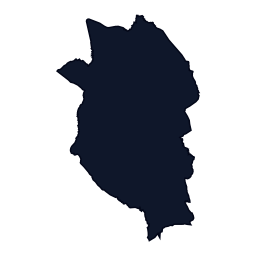 the district of Sør-Odal nor, Hedmark, Norway
{"feature_id": "86288312B58904882216706", "entity_name": "Sør-Odal nor", "entity_type": "district", "adm_level": 2, "iso_a3": "NOR", "parent_name": "Norway", "parent_adm1": "Hedmark", "projection": "mercator", "projection_center": [11.753, 60.212], "detail": "fine", "context": "isolated", "style": "filled", "palette": "ink", "viewbox_px": 256, "rotation_deg": 0, "n_neighbors": 0, "source": "geoboundaries", "source_scale": "gbopen_adm2", "svg_char_len": 5717}
<svg xmlns="http://www.w3.org/2000/svg" viewBox="0 0 256 256"><path d="M192.0,213.0L191.1,212.9L188.7,210.1L187.3,206.9L185.6,204.0L185.0,202.1L185.0,201.6L185.4,201.2L185.9,201.0L186.5,201.6L187.2,200.8L187.8,201.7L188.4,202.0L189.9,202.1L189.7,200.2L189.0,198.2L188.5,195.6L187.0,192.3L186.9,191.3L187.0,191.0L186.6,189.5L186.6,186.7L186.1,185.8L186.2,185.3L185.8,184.7L184.9,181.4L184.7,179.0L185.0,178.1L187.7,178.7L189.6,177.7L190.8,176.4L191.1,175.0L192.4,173.6L193.0,171.2L192.7,170.2L192.9,169.9L191.9,168.0L192.0,166.3L191.3,164.4L192.2,162.9L192.7,160.2L193.8,159.4L194.2,157.2L193.7,156.7L192.7,156.6L192.1,155.7L191.4,155.7L191.4,155.2L190.1,154.1L188.6,154.5L188.9,153.8L188.5,153.4L188.9,153.3L188.6,152.7L188.8,152.2L187.7,151.3L187.8,151.1L187.5,150.7L188.3,150.4L188.0,150.0L188.3,149.2L187.8,149.1L187.2,148.4L184.4,147.4L183.8,146.2L182.9,145.8L183.7,145.1L183.4,144.5L183.5,144.0L183.4,143.4L182.4,143.2L182.3,142.1L182.0,141.8L182.1,141.5L181.9,140.9L182.4,140.7L182.6,140.1L182.4,139.0L181.2,139.5L181.2,138.7L179.9,137.4L182.9,136.0L183.8,134.3L185.6,133.8L191.0,130.3L189.6,124.1L189.2,120.3L187.3,116.3L184.4,111.5L185.1,110.0L184.9,109.3L185.5,108.4L189.9,105.9L195.8,101.7L198.1,99.1L198.9,95.5L198.4,95.1L198.3,94.5L197.8,93.8L198.4,92.7L198.9,92.6L198.5,92.1L198.3,91.0L197.2,89.2L197.5,88.4L196.8,86.7L196.7,85.7L196.1,85.2L195.3,83.7L195.3,82.3L195.0,81.4L193.2,78.4L192.1,75.7L192.3,75.3L192.3,73.1L192.9,71.9L192.6,71.7L192.6,71.3L189.4,70.4L189.5,69.5L189.1,68.8L188.9,67.8L189.0,65.8L188.7,64.7L188.7,62.3L188.4,61.7L185.3,61.1L184.8,59.7L181.7,54.9L168.8,40.1L162.7,30.9L160.0,29.3L156.6,28.1L155.2,26.6L155.3,26.0L154.6,25.8L154.5,25.4L153.9,25.1L154.1,24.7L153.2,24.1L153.2,23.4L153.1,22.7L152.8,22.5L152.2,22.4L151.3,23.0L150.7,22.5L149.0,22.8L147.5,22.3L147.0,21.6L145.8,21.6L145.5,20.7L144.6,20.5L144.6,19.7L144.0,19.7L144.2,19.2L143.9,19.2L143.7,18.4L143.1,18.4L143.1,17.8L142.9,17.8L142.9,17.3L143.3,16.7L142.2,15.7L141.0,16.0L140.5,16.5L140.0,16.1L138.7,16.5L138.1,16.3L138.0,15.5L136.7,15.4L136.5,15.9L136.6,17.2L136.0,18.5L136.2,19.9L135.9,20.6L135.9,21.8L136.2,22.6L134.1,22.2L133.9,23.7L133.5,24.8L131.9,25.8L132.2,26.2L132.2,26.8L132.4,26.9L131.3,28.2L131.3,29.1L130.6,29.5L129.8,29.3L129.4,30.2L127.6,31.2L127.1,31.1L126.9,30.4L126.1,29.9L125.4,30.2L125.3,29.5L124.6,28.9L123.9,29.2L124.0,28.5L123.2,27.8L118.4,26.4L115.6,26.5L108.9,27.7L107.0,27.6L104.5,26.4L99.8,23.3L88.9,19.1L87.8,19.2L86.7,20.1L86.5,21.4L91.1,41.7L90.9,42.1L91.0,43.4L91.7,48.1L91.3,48.6L92.5,50.1L92.9,50.0L93.1,50.6L92.3,51.3L92.9,51.5L92.7,52.0L92.8,52.4L92.4,52.4L92.6,52.7L92.3,52.9L92.6,53.3L92.0,53.8L92.4,53.9L92.4,54.2L92.6,54.4L92.3,54.8L92.8,54.6L92.8,55.0L92.5,55.2L92.9,55.5L92.6,55.6L92.8,55.9L92.6,56.2L92.7,56.4L92.4,56.4L92.7,56.7L92.4,57.3L92.7,57.3L92.9,57.8L92.7,57.9L92.9,58.0L93.1,58.6L92.8,59.1L93.0,59.3L93.0,59.9L92.3,60.8L92.5,61.4L91.4,62.3L91.0,63.2L89.6,64.2L88.8,65.2L88.6,66.0L88.0,66.1L87.7,65.1L86.9,64.1L85.8,63.8L84.8,62.4L83.9,61.9L83.7,61.3L82.7,60.6L81.1,61.1L80.4,60.6L79.5,59.3L79.1,59.8L78.7,59.6L78.0,60.0L77.9,60.3L77.2,60.4L76.2,59.1L75.8,59.1L73.9,60.9L71.8,61.6L70.6,61.5L68.4,62.6L67.2,63.4L66.4,64.6L64.1,65.8L61.8,68.2L60.3,69.5L58.2,69.8L57.1,71.1L68.6,80.0L70.6,82.1L73.6,82.9L77.8,85.0L81.6,88.2L82.6,89.5L84.8,90.5L83.6,93.3L83.6,94.5L83.2,95.1L83.4,95.9L83.6,96.0L83.7,97.3L83.9,97.3L83.8,97.7L84.1,98.5L83.7,100.4L82.6,102.7L82.6,103.4L82.4,103.8L81.6,104.5L81.0,104.6L80.0,105.9L79.8,107.5L78.8,108.1L78.2,109.8L78.1,110.7L77.7,111.1L77.8,111.9L77.4,113.1L77.9,113.9L77.5,114.3L77.9,114.6L77.5,115.4L77.6,115.8L77.3,116.2L77.7,116.3L77.9,117.3L78.5,117.7L78.1,118.3L78.4,119.3L77.9,120.1L78.9,120.8L78.6,121.3L79.0,121.6L78.5,122.3L79.1,122.7L78.6,123.7L78.6,125.0L78.0,125.5L78.3,125.8L78.2,126.6L78.5,127.4L79.0,129.3L78.6,129.7L78.9,130.1L79.1,131.4L78.4,131.7L78.6,132.1L78.4,132.6L78.6,132.9L78.7,133.6L77.9,135.1L78.1,136.5L77.3,136.6L76.2,138.0L76.0,138.5L76.5,139.2L75.0,142.8L71.9,146.2L71.0,147.8L70.7,148.9L70.5,150.2L70.7,151.4L71.4,153.1L72.9,153.6L73.8,153.3L74.0,153.4L73.9,154.2L74.2,154.7L74.9,155.0L77.4,154.1L78.8,155.0L79.8,156.4L81.1,159.2L80.9,159.6L80.7,160.9L80.7,162.0L80.4,162.7L81.0,163.7L83.8,166.5L88.5,172.1L89.7,174.1L92.0,176.0L92.2,176.7L92.1,177.2L92.5,177.8L92.6,178.5L92.9,178.8L92.9,179.1L93.2,179.8L95.6,181.9L97.9,185.1L100.2,187.1L102.0,189.3L103.0,189.9L104.4,189.9L105.2,190.9L110.2,194.7L115.6,197.3L116.2,197.0L117.5,197.3L117.6,197.6L117.4,198.1L117.7,198.4L117.8,199.0L119.3,200.5L120.2,200.4L120.4,200.6L120.3,201.1L121.4,201.7L121.6,202.2L122.4,201.9L122.9,202.3L123.0,203.2L123.4,203.7L124.0,203.9L125.5,203.3L126.5,203.7L126.9,204.0L127.0,204.5L127.5,204.7L127.5,205.2L128.3,205.4L128.3,205.9L129.0,206.9L130.1,207.7L135.3,207.3L138.5,208.5L139.5,208.5L139.9,207.6L140.1,208.2L139.9,208.6L140.1,208.9L139.9,209.8L140.1,210.3L141.0,210.5L141.4,211.2L141.8,210.9L142.0,210.1L142.8,210.4L143.0,210.1L144.0,211.6L144.8,212.0L144.6,212.4L144.9,212.8L144.9,213.4L145.1,213.8L144.9,214.6L145.2,216.5L145.4,216.7L145.3,216.9L145.7,217.8L145.7,218.0L146.1,218.7L145.9,219.1L145.9,220.0L147.1,221.0L147.1,222.1L147.6,222.7L147.4,223.4L147.5,223.7L149.1,224.1L148.7,225.1L148.9,225.5L148.7,225.9L148.8,226.4L148.3,226.5L148.3,227.1L147.4,227.8L147.7,228.1L148.3,232.6L148.4,235.8L147.6,237.5L149.0,239.5L149.3,240.6L154.9,237.2L157.9,233.3L158.4,233.3L158.1,234.6L159.8,237.7L160.0,233.9L160.3,232.3L162.0,231.7L162.5,228.2L163.6,227.9L165.0,226.8L168.4,226.1L170.1,225.3L172.5,225.5L173.8,224.4L174.8,224.2L181.1,224.2L183.5,224.1L184.3,223.7L187.2,224.3L190.8,224.7L190.1,223.6L189.8,221.5L192.9,219.8L193.7,218.1L193.2,215.7L192.0,213.0Z" fill="#0f172a" stroke="#020617" stroke-width="1.5"/></svg>